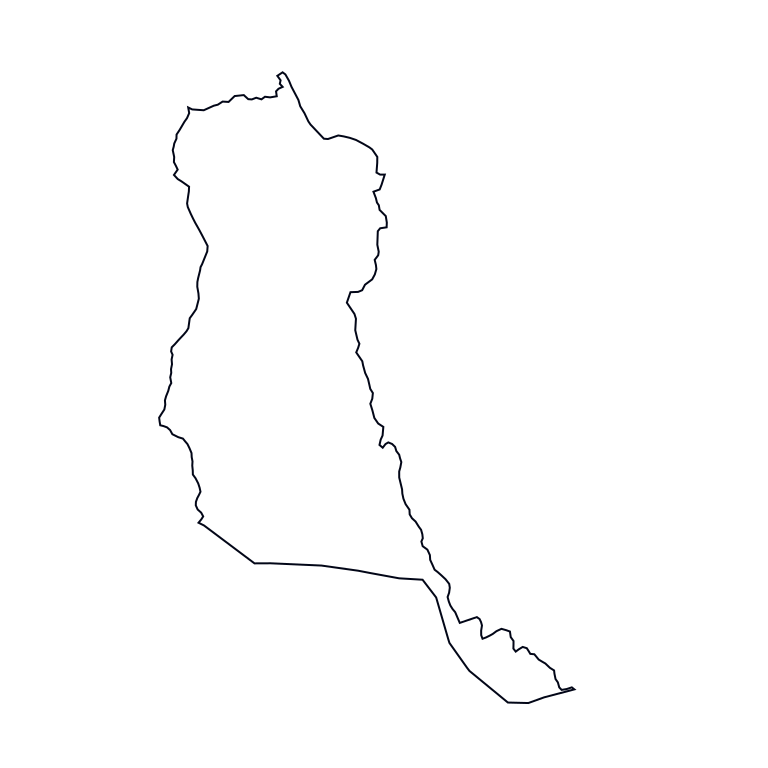 outline of Tianguá, Ceará, Brazil, rotated 107°
{"feature_id": "56859067B23050099272631", "entity_name": "Tianguá", "entity_type": "district", "adm_level": 2, "iso_a3": "BRA", "parent_name": "Brazil", "parent_adm1": "Ceará", "projection": "mercator", "projection_center": [-41.046, -3.659], "detail": "fine", "context": "isolated", "style": "outline", "palette": "ink", "viewbox_px": 768, "rotation_deg": 107, "n_neighbors": 0, "source": "geoboundaries", "source_scale": "gbopen_adm2", "svg_char_len": 3610}
<svg xmlns="http://www.w3.org/2000/svg" viewBox="0 0 768 768"><g transform="rotate(107 384 384)"><path d="M176.8,652.1L181.9,649.5L187.3,650.1L191.5,651.5L200.7,653.7L206.1,655.3L210.1,654.2L215.3,654.9L218.5,654.5L222.1,654.4L228.3,651.0L233.2,649.8L236.2,646.8L239.3,644.0L245.5,646.0L248.3,641.2L249.4,637.0L252.3,628.1L257.0,626.9L260.5,626.4L268.9,625.1L272.1,623.4L277.7,618.6L281.7,614.9L285.1,611.6L288.5,608.0L290.7,605.7L295.3,601.1L303.6,593.0L308.9,591.8L322.7,593.0L325.9,593.6L329.1,593.1L337.1,592.7L341.0,592.3L345.6,591.0L351.7,587.9L356.6,586.0L367.2,585.5L373.9,587.6L377.9,589.0L387.8,587.4L391.3,588.3L395.5,590.1L398.9,591.8L402.6,593.6L407.0,595.6L411.0,597.7L415.1,597.1L417.9,594.7L422.6,594.3L427.1,592.5L432.1,592.0L435.6,590.7L440.1,590.4L445.3,587.7L449.2,588.5L453.6,588.3L459.5,588.8L463.7,588.7L467.8,587.1L472.6,586.6L477.8,588.1L481.9,589.2L485.5,587.6L488.9,585.9L488.7,582.6L488.9,578.8L490.6,575.1L493.9,571.7L495.0,565.2L495.0,560.3L497.0,557.4L498.9,554.4L502.2,551.3L506.3,547.9L510.2,546.5L514.0,544.5L518.1,543.5L522.6,541.6L526.5,540.3L529.2,536.7L533.4,532.6L537.1,530.0L540.7,528.0L544.1,528.5L547.6,529.2L551.7,529.4L555.1,528.5L558.5,525.5L560.5,521.2L563.5,518.2L566.8,519.1L570.9,520.8L571.9,514.8L580.0,492.4L586.7,473.9L593.4,455.4L588.6,440.0L575.9,390.7L570.1,354.1L568.8,341.9L566.8,324.7L565.4,312.7L559.9,289.9L572.9,271.7L609.3,247.9L612.5,245.7L631.1,221.6L633.4,218.4L652.4,172.4L646.9,152.7L636.8,139.2L620.4,112.7L619.2,115.7L622.3,120.1L624.6,124.7L622.9,127.7L618.5,130.5L616.0,133.7L611.2,136.3L608.2,137.6L606.9,142.4L604.1,148.0L603.4,151.1L602.3,155.5L598.5,161.2L599.3,165.2L597.2,167.5L594.9,170.2L594.9,174.5L598.4,177.6L601.4,179.8L599.2,182.9L595.6,183.9L591.9,185.0L589.0,188.8L583.9,191.2L583.7,195.1L583.8,200.1L587.5,204.2L591.2,206.9L593.7,209.3L596.6,212.4L598.8,215.3L595.8,217.6L591.4,219.0L586.3,219.7L583.3,221.6L580.8,223.9L579.8,227.1L590.3,241.7L581.4,249.2L579.1,252.7L576.4,255.8L573.1,258.4L569.1,260.9L564.6,260.7L559.6,261.5L556.1,263.2L552.7,268.1L550.1,273.4L548.1,277.8L546.8,281.3L542.5,285.0L538.7,288.4L534.2,290.1L529.7,294.1L527.8,299.6L523.7,302.2L520.2,301.8L516.5,303.4L512.6,305.9L510.3,309.0L506.3,313.6L504.2,318.0L501.2,321.3L496.8,322.9L492.6,328.2L488.0,331.9L483.5,334.4L479.5,335.9L469.0,342.1L463.2,343.9L459.0,344.0L453.6,344.6L450.4,346.9L447.2,348.8L444.5,352.6L440.9,355.0L439.0,358.7L438.6,362.8L441.0,365.0L445.3,366.6L443.6,370.5L438.2,370.9L433.7,370.3L425.2,372.1L423.5,378.0L419.3,383.3L412.6,387.4L406.9,391.3L401.5,390.9L395.9,392.0L392.7,395.7L388.8,397.9L383.8,400.8L379.0,405.2L372.2,409.5L368.6,411.4L361.9,419.8L357.0,419.3L352.7,419.3L349.4,422.3L341.0,427.2L329.8,429.9L325.7,432.7L317.1,443.3L306.0,442.9L303.5,435.7L300.7,432.3L294.6,431.2L287.4,425.9L281.9,424.8L276.3,424.9L272.6,426.5L268.0,429.2L262.6,427.2L259.1,427.7L252.8,431.1L239.7,434.6L236.2,433.2L233.4,427.3L228.8,428.5L222.9,431.4L218.8,439.1L214.6,441.2L212.5,443.8L208.6,446.1L203.2,450.3L199.2,445.0L194.2,444.6L183.5,444.5L184.9,448.9L184.0,453.0L174.6,455.1L168.8,456.8L163.2,463.8L162.0,467.1L160.3,474.4L158.8,482.2L158.6,488.6L159.0,494.9L159.7,500.4L166.1,509.2L167.0,513.2L157.4,530.1L155.0,533.1L148.3,539.2L142.9,545.3L137.4,548.9L126.8,559.4L121.8,563.5L116.8,568.8L115.6,572.1L120.5,576.1L123.8,571.7L127.4,571.4L129.5,567.8L132.5,571.2L135.7,572.8L140.2,570.7L143.2,576.7L144.1,581.8L147.6,584.4L147.6,589.9L150.5,593.6L151.3,597.1L148.7,602.6L152.3,611.0L159.7,615.1L161.1,620.9L165.5,624.6L167.6,628.1L174.9,636.4L177.5,647.7L176.8,652.1Z" fill="none" stroke="#020617" stroke-width="2"/></g></svg>